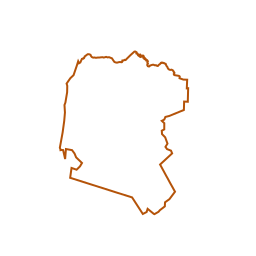 Brazoria, Texas, United States of America, rotated 138°
{"feature_id": "52423323B52788200523187", "entity_name": "Brazoria", "entity_type": "district", "adm_level": 2, "iso_a3": "USA", "parent_name": "United States of America", "parent_adm1": "Texas", "projection": "albers", "projection_center": [-95.65, 29.212], "detail": "fine", "context": "isolated", "style": "outline", "palette": "amber", "viewbox_px": 256, "rotation_deg": 138, "n_neighbors": 0, "source": "geoboundaries", "source_scale": "gbopen_adm2", "svg_char_len": 2998}
<svg xmlns="http://www.w3.org/2000/svg" viewBox="0 0 256 256"><g transform="rotate(138 128 128)"><path d="M51.7,124.3L54.5,127.0L56.4,130.5L55.1,131.7L55.3,132.7L58.0,136.1L58.2,136.7L58.1,137.1L57.8,137.5L57.4,137.4L56.8,137.8L56.5,138.1L56.6,138.8L56.2,139.4L56.3,140.2L56.1,140.9L56.3,141.4L56.6,142.2L57.3,142.6L57.8,143.0L58.1,143.5L58.4,144.2L58.5,145.1L58.3,146.1L57.9,147.0L57.9,147.7L57.8,148.3L57.8,148.8L57.6,149.1L57.4,149.7L57.1,150.2L57.1,150.6L57.4,150.8L57.8,151.8L57.7,152.0L57.9,152.4L58.2,152.6L58.4,153.2L58.8,153.7L59.0,153.5L59.4,153.6L59.6,154.0L60.0,154.4L60.5,154.3L61.8,154.1L62.5,154.3L63.4,154.3L64.1,154.1L64.5,154.3L64.9,154.9L65.0,155.6L65.3,156.1L65.8,156.3L66.2,156.8L66.5,157.5L66.7,157.9L67.1,158.3L67.7,158.7L68.8,159.2L70.0,159.7L70.7,159.5L71.2,159.6L71.7,160.3L71.9,160.7L71.7,161.3L71.6,161.9L71.0,162.4L70.6,162.3L70.0,162.6L69.9,163.1L69.9,163.5L69.6,164.0L69.1,164.2L68.7,164.2L68.5,164.6L68.5,164.9L68.4,165.3L68.9,165.4L69.1,165.9L69.3,166.1L69.0,166.6L68.7,167.0L68.7,167.6L68.9,167.5L69.5,167.8L69.7,168.3L69.5,168.7L69.2,168.8L69.0,169.2L69.4,169.3L69.6,169.8L69.4,169.9L69.3,170.7L69.1,171.3L68.8,171.3L68.6,171.1L68.3,171.1L68.3,171.5L68.4,171.9L69.0,172.0L69.4,171.8L69.9,171.9L70.8,172.2L71.3,172.5L71.4,173.0L71.0,172.6L70.6,172.6L70.4,173.0L69.7,173.9L69.8,174.5L70.3,174.7L71.0,174.9L71.3,175.4L71.6,175.6L71.6,176.0L71.4,176.1L71.2,176.3L71.1,176.7L71.1,177.1L71.5,177.4L71.9,177.7L71.8,178.0L71.6,178.1L71.0,178.7L71.4,179.9L72.1,180.5L77.3,180.5L79.5,180.4L81.8,180.3L83.5,180.2L83.9,180.2L84.3,180.1L84.7,180.4L84.9,180.9L85.3,181.0L85.9,181.1L86.2,181.3L86.8,181.6L87.0,181.9L87.5,181.6L87.7,181.2L88.4,181.0L88.8,181.2L89.3,181.8L89.9,182.5L91.2,183.3L92.1,183.7L93.0,184.5L93.9,186.1L93.7,188.0L93.3,190.5L94.7,193.3L96.0,194.2L96.7,195.5L98.0,196.1L98.9,196.6L99.5,197.6L100.9,198.7L102.1,199.5L103.3,200.6L104.3,201.2L105.2,202.0L105.6,202.7L106.8,203.6L107.4,204.9L107.4,205.6L107.3,206.3L106.9,207.5L107.4,208.6L108.4,209.7L109.4,209.9L110.4,210.0L111.3,210.0L112.3,210.2L113.2,209.6L113.8,209.4L114.2,209.7L114.6,209.5L114.8,209.4L115.1,209.6L115.3,209.9L116.0,210.2L119.6,208.6L121.1,208.9L120.9,209.8L120.5,210.6L120.4,210.9L124.3,208.6L133.1,203.7L137.5,203.6L143.9,202.1L144.9,200.0L149.3,195.3L157.5,188.8L159.8,187.6L164.5,181.7L170.7,175.9L179.6,168.4L191.9,158.9L192.4,157.5L193.0,156.7L191.9,156.0L191.0,155.0L195.5,147.0L188.2,153.9L184.4,149.0L184.8,144.8L186.2,140.9L185.6,132.8L189.4,131.6L194.1,131.4L196.7,136.1L204.3,129.7L192.7,109.9L179.1,86.7L171.4,73.7L174.5,54.2L170.4,53.1L167.5,54.8L166.3,47.0L166.0,46.3L161.4,45.3L159.3,45.6L153.1,45.1L150.2,48.0L144.8,47.4L135.7,49.2L133.4,59.3L132.2,64.2L131.7,66.5L130.9,69.8L128.6,79.4L112.2,79.6L111.2,82.4L113.1,86.2L112.8,88.9L109.1,90.0L106.6,96.2L106.8,100.7L104.7,103.4L102.0,102.7L97.8,107.3L98.1,110.7L95.4,110.0L92.8,111.2L89.4,109.4L74.4,104.0L68.6,110.1L66.0,107.5L56.7,117.3L57.8,118.1L51.7,124.3Z" fill="none" stroke="#b45309" stroke-width="2"/></g></svg>